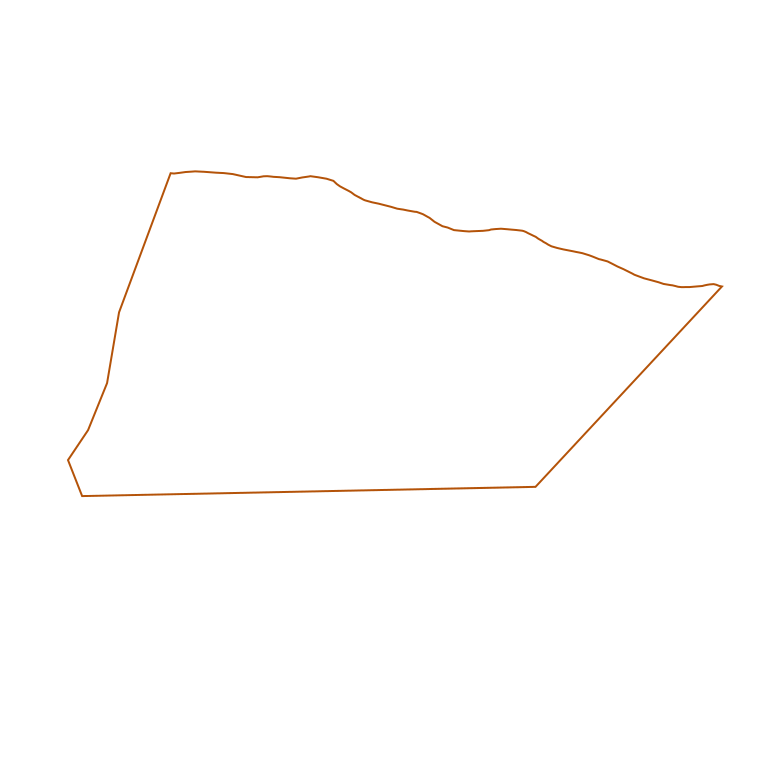 the district of Cocoa Dan, Saint Lucia, rotated 202°
{"feature_id": "8701671B69443980159425", "entity_name": "Cocoa Dan", "entity_type": "district", "adm_level": 2, "iso_a3": "LCA", "parent_name": "Saint Lucia", "parent_adm1": "", "projection": "orthographic", "projection_center": [-60.972, 13.731], "detail": "fine", "context": "isolated", "style": "outline", "palette": "amber", "viewbox_px": 768, "rotation_deg": 202, "n_neighbors": 0, "source": "geoboundaries", "source_scale": "gbopen_adm2", "svg_char_len": 1690}
<svg xmlns="http://www.w3.org/2000/svg" viewBox="0 0 768 768"><g transform="rotate(202 384 384)"><path d="M107.2,601.0L110.0,600.5L113.0,600.5L115.8,600.1L119.4,598.3L121.7,596.9L123.9,595.4L125.6,594.1L129.8,592.0L136.9,588.4L140.3,587.0L144.3,585.3L147.8,584.3L150.4,584.0L153.7,583.5L155.1,583.1L162.3,581.5L167.5,581.2L174.5,580.4L182.4,579.4L189.0,579.2L192.8,579.1L195.0,579.4L197.6,579.6L205.3,580.2L211.5,580.4L217.8,581.0L222.6,581.4L224.5,581.2L229.7,580.6L231.5,580.3L238.4,580.3L242.1,580.2L244.4,580.0L249.1,579.6L252.4,579.0L255.4,578.4L258.3,577.9L268.0,576.0L274.4,575.0L280.3,574.4L283.9,574.7L286.6,575.2L289.4,575.5L290.9,575.9L295.3,576.5L298.5,577.3L300.8,577.4L303.5,577.6L306.8,577.8L309.4,578.1L311.8,578.1L313.3,577.9L319.1,576.3L324.3,574.7L327.3,573.8L333.7,571.8L338.9,569.3L342.7,567.3L344.2,566.0L349.6,563.1L356.9,559.8L360.2,558.3L362.2,557.3L367.2,555.7L376.8,552.9L383.6,552.9L388.9,552.2L393.7,552.8L397.9,553.3L404.0,555.1L405.9,555.3L411.3,556.0L412.8,556.0L418.2,555.8L420.1,555.2L427.2,553.7L431.6,552.9L433.6,552.4L437.4,551.5L443.9,550.9L456.5,549.2L463.1,548.0L464.9,547.8L470.3,547.2L471.8,547.2L482.1,548.3L486.1,549.4L489.0,549.8L494.5,550.3L498.9,550.8L502.7,551.7L507.0,553.4L514.2,552.8L522.6,551.0L530.1,549.1L531.3,548.3L537.3,544.8L542.5,541.4L548.3,539.5L558.4,536.6L564.0,534.7L566.6,534.0L570.0,533.0L573.4,531.5L578.6,528.3L589.5,524.2L596.1,523.1L602.8,522.0L611.4,519.6L619.2,516.9L630.5,513.3L633.9,512.1L638.8,510.4L641.8,508.9L647.4,506.2L652.6,503.2L657.5,500.5L660.8,499.5L656.5,351.2L641.1,281.1L641.1,230.4L648.5,195.1L621.9,167.0L205.0,345.4L135.7,526.5L107.2,601.0Z" fill="none" stroke="#b45309" stroke-width="2"/></g></svg>